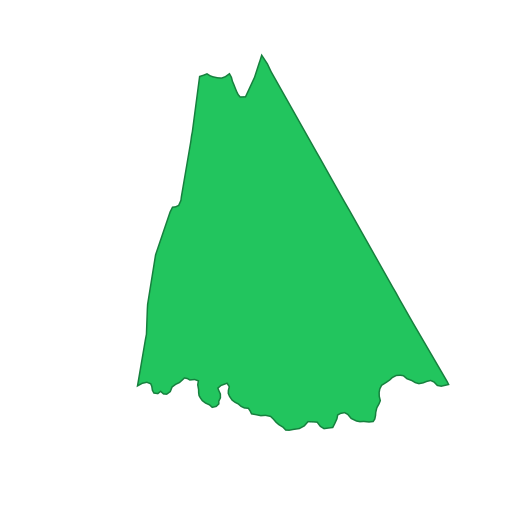 Caetanos, Bahia, Brazil, rotated 254°
{"feature_id": "56859067B83232081919872", "entity_name": "Caetanos", "entity_type": "district", "adm_level": 2, "iso_a3": "BRA", "parent_name": "Brazil", "parent_adm1": "Bahia", "projection": "natural_earth1", "projection_center": [-40.978, -14.304], "detail": "fine", "context": "isolated", "style": "filled", "palette": "green", "viewbox_px": 512, "rotation_deg": 254, "n_neighbors": 0, "source": "geoboundaries", "source_scale": "gbopen_adm2", "svg_char_len": 2098}
<svg xmlns="http://www.w3.org/2000/svg" viewBox="0 0 512 512"><g transform="rotate(254 256 256)"><path d="M437.5,319.9L447.4,316.8L442.8,313.8L440.4,312.1L428.2,303.9L411.9,289.8L413.2,284.6L416.1,283.3L419.4,282.7L423.1,282.3L427.3,281.9L430.4,281.5L434.5,281.6L438.5,280.7L436.8,276.0L436.5,272.0L437.8,268.3L440.1,264.0L441.9,261.5L444.6,259.1L444.2,255.2L444.1,251.3L392.8,229.0L389.1,227.1L383.8,224.8L333.5,200.6L330.2,199.2L325.9,195.6L325.4,192.3L325.9,189.2L322.0,185.6L284.8,159.8L239.4,138.5L235.1,137.0L230.8,135.6L210.9,129.1L206.4,126.8L163.8,106.3L165.0,111.6L164.7,116.3L162.2,119.6L159.3,119.9L155.5,119.4L152.4,120.1L150.8,123.7L152.2,127.0L148.9,129.1L147.8,132.1L149.3,136.2L153.2,139.2L154.8,143.4L155.5,147.6L157.1,150.9L158.5,153.6L157.1,156.3L155.1,158.2L154.2,163.0L151.9,166.2L148.2,164.5L143.4,164.0L140.4,163.2L137.5,162.8L135.0,163.4L131.8,164.5L128.6,166.9L125.7,170.3L122.6,172.2L122.4,176.3L124.1,179.5L126.7,180.2L129.5,182.7L133.1,183.7L136.5,183.2L139.5,182.9L141.2,186.6L141.7,193.1L137.7,194.3L134.4,192.4L131.6,191.5L128.3,191.9L124.1,193.3L121.1,195.6L118.7,198.2L115.6,200.2L113.2,202.9L111.7,206.7L108.5,207.7L105.5,208.2L103.5,212.3L101.2,216.6L100.2,221.3L97.8,225.8L94.6,227.7L90.6,229.5L87.7,231.4L84.0,234.8L80.5,236.6L79.4,239.9L79.0,244.2L78.2,250.1L79.4,255.6L82.4,260.3L80.7,265.6L79.4,269.0L74.5,270.9L71.3,273.8L70.7,278.2L70.0,282.5L73.1,285.4L77.2,288.9L80.7,290.7L81.4,294.0L81.0,298.0L78.4,300.6L73.6,302.7L69.7,307.1L68.1,310.2L67.3,313.9L65.3,318.9L64.6,323.0L66.5,325.2L69.7,326.9L72.7,328.0L76.8,330.3L80.0,333.5L82.7,335.6L87.2,335.8L91.0,336.8L94.2,338.4L97.1,341.1L98.7,346.6L100.0,350.4L101.6,353.5L102.5,357.9L101.6,361.9L100.3,364.7L96.4,367.3L93.3,371.5L90.4,374.2L88.4,377.4L88.0,381.7L88.4,385.7L88.2,389.6L85.8,392.4L81.6,394.6L79.8,398.2L79.6,401.6L79.4,405.7L82.7,405.1L148.0,388.5L157.8,386.1L167.8,383.7L174.7,382.0L177.9,381.3L182.4,380.3L188.2,378.8L273.9,358.4L284.3,355.8L310.7,349.5L331.2,344.7L340.1,342.5L372.4,334.8L400.1,328.2L429.0,321.3L437.5,319.9Z" fill="#22c55e" stroke="#15803d" stroke-width="1.5"/></g></svg>